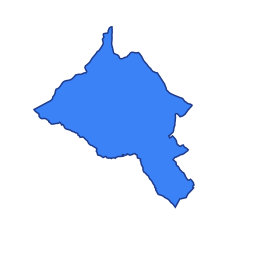 Baringo Central, Rift Valley, Kenya (Albers equal-area conic projection), rotated 324°
{"feature_id": "3690345B17833085529385", "entity_name": "Baringo Central", "entity_type": "district", "adm_level": 2, "iso_a3": "KEN", "parent_name": "Kenya", "parent_adm1": "Rift Valley", "projection": "albers", "projection_center": [35.755, 0.409], "detail": "fine", "context": "isolated", "style": "filled", "palette": "blue", "viewbox_px": 256, "rotation_deg": 324, "n_neighbors": 0, "source": "geoboundaries", "source_scale": "gbopen_adm2", "svg_char_len": 5133}
<svg xmlns="http://www.w3.org/2000/svg" viewBox="0 0 256 256"><g transform="rotate(324 128 128)"><path d="M146.6,196.8L146.0,195.5L145.8,193.9L145.5,192.3L145.8,190.8L146.0,188.6L145.5,187.3L145.4,186.1L146.2,185.0L146.7,183.7L146.3,182.3L145.8,180.1L147.6,179.6L148.2,179.4L148.6,179.3L149.3,179.7L149.9,179.8L150.9,180.0L151.7,180.1L152.8,180.3L153.4,180.4L155.1,180.5L156.3,181.3L156.8,181.4L158.7,181.6L161.0,181.5L162.7,181.5L163.9,181.1L163.7,179.8L163.3,178.4L162.4,176.4L162.7,174.2L161.4,173.7L160.2,173.7L159.3,173.5L158.8,172.1L158.5,171.0L158.3,169.7L158.6,168.7L159.1,167.9L159.6,166.7L159.8,164.4L159.4,160.6L157.6,160.6L155.9,160.5L156.1,159.5L156.2,158.9L156.4,158.3L158.2,158.4L159.7,158.1L160.9,158.0L162.3,157.7L163.9,156.3L164.9,155.2L166.0,154.3L167.8,153.1L168.3,152.0L169.5,150.9L170.7,149.6L171.5,148.7L172.2,147.8L173.2,146.6L173.9,145.2L175.0,144.5L176.2,145.4L176.5,146.7L176.6,147.8L176.7,149.5L179.3,150.4L182.4,150.4L183.4,150.0L184.7,149.6L186.3,149.0L188.5,148.5L190.6,148.0L192.4,147.7L193.2,147.2L192.9,146.2L192.7,145.7L192.3,145.2L191.7,144.5L191.2,144.0L190.6,142.8L190.2,141.4L189.6,139.9L189.5,138.1L189.6,136.5L189.0,135.3L188.1,134.2L187.3,132.9L186.4,131.5L185.6,130.2L184.8,129.0L183.9,127.4L183.0,125.7L182.2,124.1L182.0,122.8L181.9,121.9L181.8,121.5L181.7,120.8L181.6,120.4L181.7,119.2L182.4,117.9L182.7,116.4L182.9,115.9L183.0,115.3L183.4,114.1L183.5,113.7L183.5,112.6L183.5,111.9L183.6,110.8L183.7,109.3L183.7,108.7L183.7,108.0L183.8,106.6L183.9,105.0L183.9,103.3L184.1,101.6L184.1,100.6L183.0,99.5L182.2,98.1L181.4,96.9L181.1,94.9L181.3,93.0L180.9,92.0L180.7,90.4L180.7,88.6L180.7,87.2L180.5,85.4L180.3,83.6L180.4,82.0L180.7,80.5L181.0,78.6L181.1,77.0L181.1,75.1L181.0,73.9L180.6,72.9L179.4,72.5L178.7,72.0L177.9,71.3L177.0,70.1L175.6,69.0L174.1,68.7L173.6,68.8L173.0,69.0L172.2,69.3L170.6,69.4L169.0,69.9L166.9,69.0L164.8,68.7L163.2,68.1L162.2,66.5L162.6,65.2L162.8,64.7L162.8,64.1L162.5,62.7L161.8,61.6L161.1,60.5L160.5,59.3L160.9,57.8L161.7,56.1L162.3,54.7L162.9,53.3L163.6,51.4L164.6,49.7L165.5,48.8L166.8,47.3L168.2,45.5L169.3,43.8L170.2,42.6L171.2,41.6L172.1,40.3L173.1,38.9L173.4,38.4L173.9,37.7L174.5,36.7L173.9,36.4L173.3,36.1L171.8,36.2L171.0,36.5L170.6,36.8L169.4,37.5L168.6,38.4L167.7,39.1L166.6,39.0L165.4,38.1L164.3,37.7L163.6,37.4L162.8,38.0L162.2,39.4L161.8,40.4L159.5,41.1L158.7,43.1L157.7,45.1L156.1,46.0L154.6,46.7L151.6,47.8L149.5,48.4L148.1,48.1L146.2,48.9L144.8,49.3L143.6,49.6L141.8,50.0L140.9,50.3L139.8,50.6L138.9,50.9L138.3,51.2L137.0,51.8L135.8,52.2L135.4,52.3L134.5,52.4L133.7,52.5L132.5,52.7L130.2,52.7L128.7,53.7L128.2,55.3L128.1,56.3L128.0,57.2L127.8,57.6L127.7,58.1L126.4,58.7L125.2,57.8L123.7,57.4L122.2,57.2L120.8,56.5L119.7,55.5L118.0,54.9L116.9,54.3L115.9,54.6L114.2,55.0L112.6,55.2L111.3,55.4L109.7,55.1L108.2,54.6L106.3,53.6L104.8,53.0L103.2,52.7L101.4,53.0L100.3,53.4L98.4,54.2L97.1,54.5L96.6,54.7L95.9,54.8L95.2,54.9L94.3,54.8L92.6,54.4L91.1,55.4L89.9,56.5L88.9,57.4L87.5,58.1L85.6,58.6L84.6,59.4L83.6,60.2L81.4,60.4L62.8,57.8L62.8,59.6L63.1,61.0L63.7,62.7L64.2,64.3L63.6,65.2L62.9,66.6L63.0,68.5L63.8,69.9L65.3,70.7L66.4,71.5L67.1,72.6L67.5,74.0L68.2,75.4L67.6,76.4L68.1,77.9L68.1,79.1L68.7,80.1L69.9,80.9L71.2,81.5L72.5,82.0L73.7,82.9L75.1,83.4L76.2,83.3L76.3,84.9L76.1,86.6L77.3,86.8L77.3,87.7L77.4,88.8L76.9,90.3L77.2,92.1L78.2,93.5L79.1,94.6L80.1,95.9L80.9,98.0L82.2,99.6L82.8,101.2L83.7,101.9L83.9,103.1L83.4,104.4L84.0,105.6L83.9,106.0L83.7,107.0L84.5,107.8L84.9,108.0L86.1,108.6L86.7,109.9L86.8,110.3L86.8,111.1L87.0,112.3L87.1,112.8L87.5,114.4L87.3,116.3L87.1,117.6L87.3,118.8L87.8,120.1L88.8,121.3L89.1,122.6L89.8,123.9L90.4,125.6L90.6,126.6L89.5,127.4L88.6,128.4L88.7,129.1L88.4,130.1L88.2,130.5L88.0,131.0L87.7,132.2L88.8,133.4L89.1,133.8L89.6,134.5L89.8,135.2L90.0,135.7L90.4,136.7L90.6,137.3L91.2,137.4L92.1,137.5L93.4,138.0L93.4,139.6L94.4,140.9L96.0,141.8L96.7,143.0L97.4,142.9L99.2,143.8L100.0,145.1L101.3,144.7L102.7,145.2L103.2,145.3L103.6,145.5L104.7,146.3L106.1,147.2L107.7,148.0L107.5,146.6L108.2,146.4L109.0,147.7L110.0,148.5L111.1,149.0L111.6,148.7L112.2,148.4L112.8,149.7L113.5,151.1L115.5,151.8L117.3,152.2L117.9,152.4L118.6,152.7L118.8,154.1L119.5,155.2L118.7,156.4L118.1,157.7L118.4,158.2L118.7,158.8L119.6,159.7L119.8,160.7L118.8,161.5L118.4,163.3L117.5,164.8L117.2,166.3L117.0,167.6L116.9,168.8L115.8,170.2L115.1,171.9L115.0,173.3L115.6,174.4L115.6,175.4L115.7,177.0L116.3,178.5L116.0,180.2L115.6,182.0L116.0,183.2L116.0,184.9L115.9,186.4L115.6,187.9L115.6,189.3L115.6,190.3L114.7,192.0L115.2,193.2L114.0,194.3L113.9,196.2L113.5,198.3L113.5,199.6L113.9,199.9L114.2,200.5L114.9,201.4L115.6,202.3L116.1,203.3L116.6,204.2L116.8,205.4L117.4,206.9L118.1,208.1L118.7,209.7L118.9,211.0L118.9,212.3L119.0,213.7L119.5,215.3L119.7,216.9L119.7,218.1L119.7,219.9L128.3,215.8L129.4,216.5L134.2,218.5L134.5,218.3L135.8,217.5L138.0,216.5L139.8,216.2L142.3,215.8L143.8,215.5L145.9,215.0L145.6,213.9L146.4,213.2L147.9,212.9L148.1,211.9L148.8,210.7L148.7,209.2L148.8,207.9L148.4,206.2L146.8,206.1L145.8,205.1L145.8,202.8L146.0,201.0L146.5,199.2L146.6,197.6L146.6,196.8Z" fill="#3b82f6" stroke="#1e3a8a" stroke-width="1.5"/></g></svg>